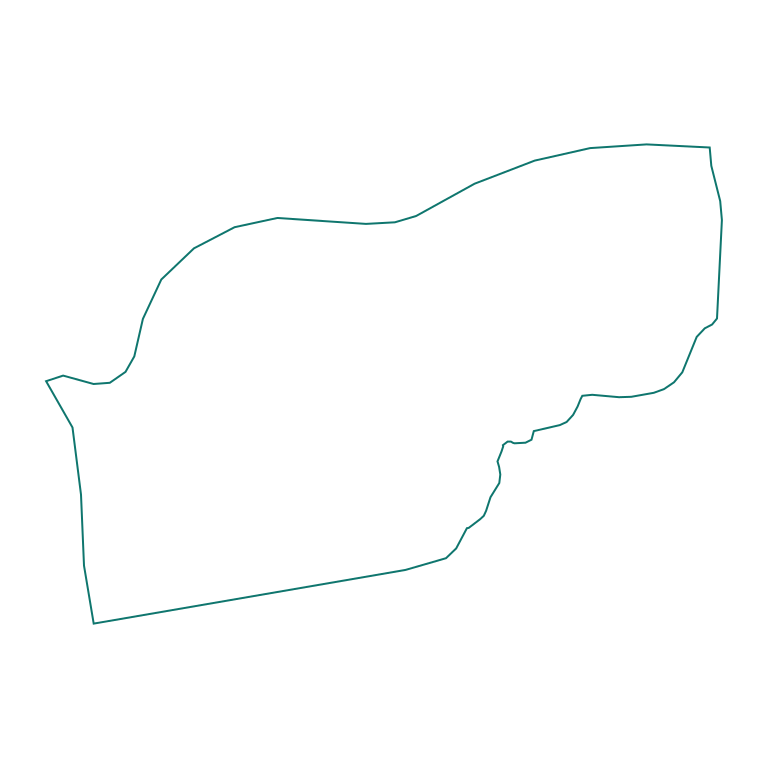 Ifugao, Albers equal-area conic projection
{"feature_id": "PHL-2551", "entity_name": "Ifugao", "entity_type": "Province", "adm_level": 1, "iso_a3": "PHL", "parent_name": "Philippines", "parent_adm1": "", "projection": "albers", "projection_center": [121.298, 16.844], "detail": "fine", "context": "isolated", "style": "outline", "palette": "teal", "viewbox_px": 768, "rotation_deg": 0, "n_neighbors": 0, "source": "natural_earth", "source_scale": "10m", "svg_char_len": 924}
<svg xmlns="http://www.w3.org/2000/svg" viewBox="0 0 768 768"><path d="M709.7,147.5L711.3,165.8L720.2,201.1L721.9,220.1L717.0,318.5L712.1,324.5L704.8,328.3L696.7,336.9L682.3,372.3L674.0,382.3L664.0,389.1L653.8,392.8L631.3,396.8L619.1,397.2L592.2,394.8L582.3,395.8L580.6,399.1L577.6,406.5L573.1,414.9L566.6,422.0L559.8,425.1L533.8,431.1L531.5,439.7L525.5,442.7L514.5,443.3L513.1,442.9L510.9,441.6L507.6,441.6L502.9,445.2L503.2,446.4L501.5,451.5L497.5,461.4L499.1,466.9L500.3,474.5L499.3,483.0L490.5,497.2L486.1,510.8L483.8,515.8L480.1,519.2L468.7,527.9L466.9,528.2L456.2,548.4L446.0,558.2L405.6,569.9L93.7,623.6L84.0,565.6L81.0,494.6L72.5,427.5L46.1,381.2L63.1,375.6L93.6,384.0L109.8,382.8L125.5,371.9L134.3,356.4L142.9,318.9L161.3,279.5L194.0,248.3L234.6,227.2L277.2,218.0L366.0,223.9L394.9,222.3L416.1,216.0L474.6,183.7L534.7,160.6L590.1,148.1L646.6,144.4L709.7,147.5Z" fill="none" stroke="#0f766e" stroke-width="2"/></svg>